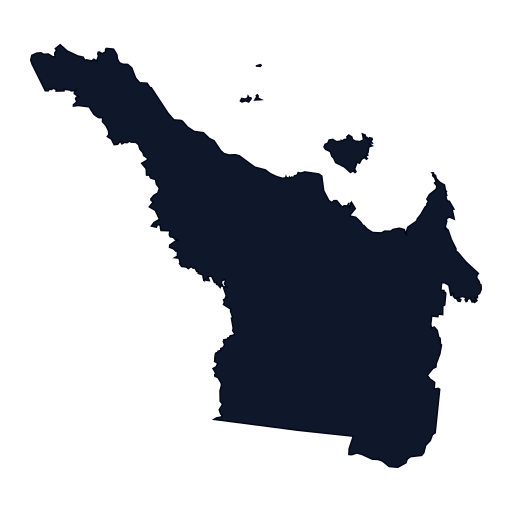 the district of Townsville, Queensland, Australia
{"feature_id": "25037944B93557893838922", "entity_name": "Townsville", "entity_type": "district", "adm_level": 2, "iso_a3": "AUS", "parent_name": "Australia", "parent_adm1": "Queensland", "projection": "orthographic", "projection_center": [146.799, -19.352], "detail": "fine", "context": "isolated", "style": "filled", "palette": "ink", "viewbox_px": 512, "rotation_deg": 0, "n_neighbors": 0, "source": "geoboundaries", "source_scale": "gbopen_adm2", "svg_char_len": 5994}
<svg xmlns="http://www.w3.org/2000/svg" viewBox="0 0 512 512"><path d="M481.0,284.9L480.1,284.7L479.1,281.4L476.7,278.0L476.9,275.6L478.4,273.4L465.9,261.9L457.8,252.3L455.9,251.1L456.0,248.8L451.5,239.8L448.1,230.0L446.8,228.9L445.5,229.5L444.7,228.4L445.2,226.8L445.5,228.6L446.0,228.0L445.3,226.6L446.8,221.1L446.0,219.9L447.5,218.0L449.5,217.1L454.3,219.1L452.4,210.5L452.7,209.2L453.9,209.1L449.3,201.2L447.7,201.1L446.7,199.8L445.8,196.3L446.8,195.4L445.9,192.6L446.5,191.5L445.4,190.1L444.5,185.0L439.6,182.1L436.3,178.6L435.5,175.4L433.8,174.6L433.5,172.9L432.1,172.9L433.0,173.9L432.7,175.8L434.5,177.5L436.1,181.6L434.5,183.0L436.9,186.0L436.1,189.3L429.5,194.5L426.8,199.1L428.5,201.6L426.9,203.7L426.8,205.7L425.1,207.0L420.8,214.5L417.2,219.0L416.8,220.9L407.8,227.2L406.4,231.6L406.6,234.7L405.4,233.9L404.4,229.6L399.4,228.2L393.1,229.4L390.6,231.2L384.5,231.1L381.6,232.9L372.7,232.5L367.1,229.0L363.9,225.4L362.8,225.4L360.8,222.2L355.8,217.3L350.3,216.1L350.0,215.1L355.3,208.6L351.6,202.5L351.3,203.8L350.1,202.5L350.8,203.8L349.4,207.4L348.7,206.1L348.0,207.1L348.6,205.5L347.2,205.9L349.1,202.9L347.2,205.9L344.0,205.7L343.2,207.1L341.0,205.8L336.7,200.6L333.9,200.6L332.0,202.6L328.9,200.6L323.7,190.7L321.8,176.1L318.7,173.9L304.7,171.9L301.0,173.1L298.2,172.5L296.9,175.3L294.4,175.8L293.7,177.4L291.4,177.1L290.3,178.4L289.4,177.1L289.0,178.2L286.4,177.6L286.0,176.6L285.6,177.9L282.4,178.3L276.7,176.6L270.2,173.6L265.4,169.9L254.7,167.1L239.2,155.7L235.2,154.7L229.0,155.0L223.9,153.5L220.7,150.6L214.1,140.8L209.2,138.3L203.4,132.7L194.1,131.4L187.5,127.0L182.6,121.3L181.0,120.4L173.9,119.9L167.9,113.0L151.3,87.7L149.9,87.5L147.1,83.2L139.7,82.8L135.6,78.0L131.8,67.9L127.7,64.4L122.6,64.2L119.4,62.7L117.5,59.0L116.9,54.6L113.5,49.1L106.5,48.4L105.6,49.2L105.5,51.9L102.2,53.7L99.4,52.0L98.2,52.2L97.7,53.9L98.5,55.8L96.7,60.9L93.8,59.2L91.7,60.9L86.5,59.8L85.1,60.6L83.1,57.1L77.9,56.0L67.1,50.9L60.2,44.7L55.3,48.7L56.6,50.2L54.7,53.0L55.1,57.0L52.7,56.7L48.3,54.0L43.6,54.3L41.1,52.8L36.8,53.1L31.8,55.4L30.7,60.1L32.1,64.2L45.3,90.8L48.3,90.8L49.4,88.8L51.2,89.6L53.2,88.3L56.2,89.4L56.1,91.1L64.0,90.9L64.2,89.4L69.5,89.9L71.2,90.9L74.4,90.6L76.3,89.4L76.5,90.5L74.4,92.1L74.3,93.7L78.8,96.8L76.5,97.2L75.5,98.5L76.8,101.9L73.4,104.7L73.4,106.1L78.3,105.5L89.1,106.8L93.9,114.4L98.5,117.6L102.7,117.8L102.4,121.7L106.0,125.6L108.5,130.8L108.9,134.4L107.3,136.6L111.4,139.1L114.1,144.7L117.7,144.3L120.2,141.1L121.9,143.9L124.4,142.4L127.1,142.7L129.5,141.1L131.0,142.1L136.0,142.4L138.7,144.9L139.8,149.0L142.8,152.5L143.7,155.6L147.6,158.3L147.2,160.1L141.6,163.3L146.2,168.7L146.5,175.1L149.4,175.1L150.5,178.0L155.5,179.5L156.4,184.2L159.4,188.2L157.8,193.0L153.7,195.5L150.8,199.0L151.1,200.5L153.3,201.9L149.3,206.9L155.2,210.3L159.5,219.3L154.0,222.5L151.4,226.1L156.4,227.2L157.2,224.9L160.0,224.8L161.0,230.5L169.8,230.8L169.3,234.8L170.3,236.8L173.3,237.3L175.2,239.5L179.2,240.2L175.1,241.3L169.7,245.1L169.5,247.3L173.4,248.8L175.9,251.2L177.4,250.8L177.4,256.2L174.7,257.7L179.0,258.2L180.1,262.9L179.5,263.5L181.6,266.5L186.3,267.0L188.3,268.7L191.1,266.5L193.2,268.2L195.0,267.9L196.7,271.4L198.2,271.6L198.2,273.4L202.7,274.8L203.8,280.5L204.7,280.8L205.3,279.2L206.6,280.3L209.3,280.6L207.8,276.7L211.6,276.2L214.5,282.5L216.0,282.4L216.6,284.4L218.1,284.8L220.2,287.5L221.1,285.6L223.2,286.6L221.6,283.7L221.5,280.9L224.8,279.5L225.4,281.1L224.4,283.8L226.6,287.0L224.4,286.8L223.6,288.0L226.7,297.2L225.6,297.1L225.3,298.6L223.5,299.8L224.4,302.2L223.5,304.5L230.9,309.2L230.5,311.1L232.7,317.4L231.4,318.1L233.2,328.1L232.7,330.7L234.7,333.7L233.8,335.0L230.2,335.8L229.2,337.7L227.8,337.9L227.6,339.1L223.8,339.8L223.3,341.4L224.6,344.9L222.8,347.8L220.8,348.5L220.6,350.6L218.0,351.2L218.0,352.1L215.6,353.3L215.1,355.4L214.6,361.5L217.8,363.2L216.0,366.9L213.0,368.5L215.9,373.7L214.7,374.6L214.8,376.1L218.1,377.8L221.2,383.1L221.5,385.1L220.0,390.8L220.2,401.3L222.6,404.2L219.2,409.8L220.8,414.1L222.1,415.0L221.3,417.0L216.5,417.9L214.0,419.4L298.0,430.3L353.3,436.2L349.1,448.8L348.9,454.5L351.7,454.7L356.8,453.0L361.9,454.4L372.6,459.3L377.7,459.4L382.4,461.0L389.1,466.5L397.8,467.3L406.1,462.7L407.2,459.1L410.4,456.7L421.6,455.4L423.8,452.8L425.7,445.4L430.3,440.5L432.4,434.7L435.2,432.8L439.7,389.3L438.2,388.4L434.2,389.0L434.7,382.4L430.0,379.0L427.3,375.4L432.8,368.5L436.0,367.0L436.2,363.8L439.9,353.8L441.5,344.9L440.5,344.0L440.1,338.3L438.7,337.1L437.2,330.4L434.2,327.0L431.4,328.0L430.8,324.3L431.7,316.0L437.9,316.7L438.2,314.1L442.7,314.6L442.8,306.1L444.7,305.0L445.8,293.8L445.4,292.4L443.8,292.3L444.0,290.5L440.9,290.2L441.7,282.6L444.9,282.9L448.9,285.3L450.8,295.3L451.7,295.4L451.9,293.3L453.5,293.5L453.4,296.2L455.0,298.3L456.4,298.3L458.1,301.1L460.1,301.4L460.9,299.8L458.0,297.5L462.6,296.6L465.8,297.4L465.1,299.7L466.1,301.6L467.2,301.1L467.2,299.4L470.4,298.2L472.0,301.9L473.7,302.0L473.6,300.0L474.8,302.3L477.0,300.6L475.2,297.8L477.4,297.7L477.5,294.6L479.5,293.6L481.3,289.2L481.0,284.9ZM363.6,139.8L359.8,141.6L355.3,141.1L352.5,139.5L351.8,136.9L348.7,135.0L346.8,136.8L347.5,137.7L346.2,139.5L344.4,139.4L342.5,140.8L341.1,140.3L340.9,141.2L336.4,141.6L332.6,139.4L329.1,140.0L327.8,143.2L325.1,144.3L324.0,146.9L325.5,149.3L330.3,151.6L331.9,156.4L333.6,158.0L335.7,162.6L344.5,167.0L350.4,172.5L353.0,170.9L355.0,172.6L356.0,171.7L354.6,169.0L357.2,162.0L359.5,163.2L361.5,159.5L364.2,157.4L366.4,159.2L367.3,158.6L365.5,156.3L367.8,155.1L366.5,153.6L368.0,152.7L368.8,146.9L372.3,145.8L369.5,143.9L370.2,142.8L372.2,143.1L370.6,140.6L372.3,139.7L372.0,138.3L369.4,137.7L368.3,139.0L366.8,137.3L365.8,138.0L365.2,135.0L362.4,133.9L363.6,139.8ZM242.0,102.0L245.5,100.8L248.7,102.0L251.2,98.7L250.7,97.7L249.2,97.9L248.1,96.1L247.7,97.8L245.3,99.1L241.7,98.4L240.4,101.0L242.0,102.0ZM256.3,95.6L256.8,96.8L254.8,100.0L261.1,99.6L257.7,97.9L258.2,96.0L257.3,94.8L256.3,95.6ZM255.9,66.0L260.3,66.4L261.2,65.3L260.4,64.6L255.9,66.0Z" fill="#0f172a" stroke="#020617" stroke-width="1.5"/></svg>